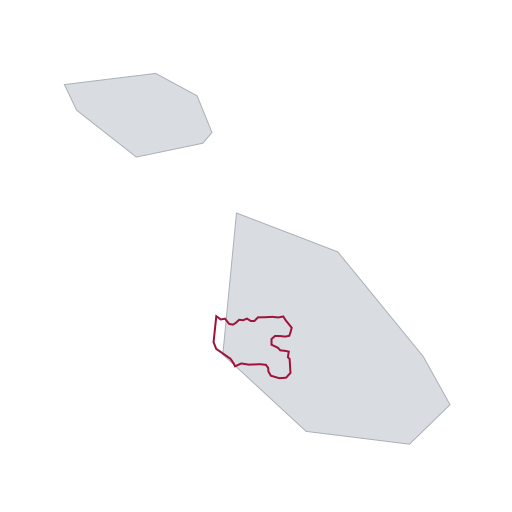 Rabat highlighted on a map of Malta, rotated 6°
{"feature_id": "MLT-5923", "entity_name": "Rabat", "entity_type": "state/province", "adm_level": 1, "iso_a3": "MLT", "parent_name": "Malta", "parent_adm1": "", "projection": "natural_earth1", "projection_center": [14.386, 35.882], "detail": "fine", "context": "in_parent", "style": "outline", "palette": "rose", "viewbox_px": 512, "rotation_deg": 6, "n_neighbors": 0, "source": "natural_earth", "source_scale": "10m", "svg_char_len": 992}
<svg xmlns="http://www.w3.org/2000/svg" viewBox="0 0 512 512"><g transform="rotate(6 256 256)"><path d="M464.5,383.6L428.3,427.1L324.2,425.2L233.3,357.4L232.1,215.3L337.0,243.4L432.9,338.6L464.5,383.6ZM191.3,149.4L126.6,170.1L62.4,129.8L47.5,105.5L137.1,84.9L180.7,102.9L199.3,137.8L191.3,149.4Z" fill="#d9dde1" stroke="#a8b0b8" stroke-width="1"/><path d="M246.7,367.9L244.8,364.9L241.4,360.9L226.1,352.5L222.8,346.1L222.8,320.0L227.6,322.8L231.8,321.6L236.3,326.3L240.1,326.7L242.7,324.8L245.9,321.2L250.0,321.2L253.5,319.2L257.7,321.2L261.2,320.8L264.4,316.8L271.1,316.0L278.8,314.8L284.6,314.8L289.4,313.3L292.6,317.2L295.4,320.0L299.0,323.6L298.3,328.3L297.4,331.9L293.5,333.1L288.7,333.1L283.3,333.5L280.1,337.0L280.7,342.6L287.4,345.0L290.0,347.3L295.4,347.3L298.6,347.7L298.3,353.3L300.2,354.9L302.5,368.7L298.6,373.9L291.9,375.1L283.3,373.5L280.4,369.5L279.8,366.0L277.2,363.2L271.4,363.2L260.2,364.8L252.6,364.4L246.7,367.9Z" fill="none" stroke="#9f1239" stroke-width="2"/></g></svg>